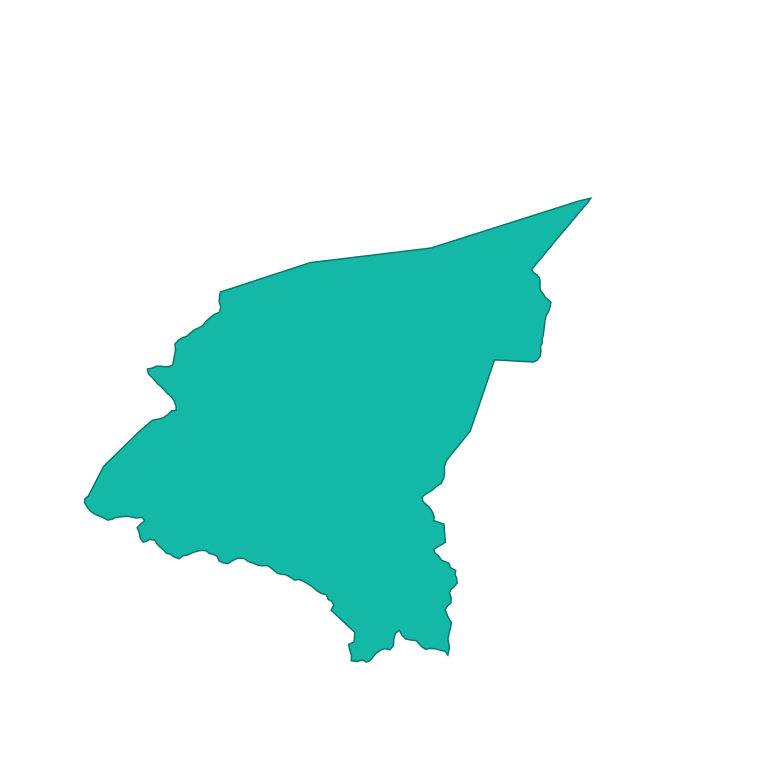 Santa Brígida, Bahia, Brazil, rotated 124°
{"feature_id": "56859067B14033654686733", "entity_name": "Santa Brígida", "entity_type": "district", "adm_level": 2, "iso_a3": "BRA", "parent_name": "Brazil", "parent_adm1": "Bahia", "projection": "albers", "projection_center": [-38.139, -9.755], "detail": "fine", "context": "isolated", "style": "filled", "palette": "teal", "viewbox_px": 768, "rotation_deg": 124, "n_neighbors": 0, "source": "geoboundaries", "source_scale": "gbopen_adm2", "svg_char_len": 3123}
<svg xmlns="http://www.w3.org/2000/svg" viewBox="0 0 768 768"><g transform="rotate(124 384 384)"><path d="M573.0,179.5L568.4,181.2L565.0,183.0L562.7,185.6L559.2,188.6L552.7,191.2L547.9,192.9L544.1,194.8L542.6,198.2L540.5,201.9L536.9,207.1L532.2,207.1L527.9,206.2L523.6,208.9L520.5,212.9L516.8,213.6L513.2,212.5L507.9,212.1L504.2,215.4L502.3,218.6L498.5,220.2L499.1,225.9L496.3,230.1L497.0,234.1L498.0,237.6L496.1,242.3L495.7,247.2L493.3,250.4L481.0,244.6L466.7,255.9L469.5,266.7L466.2,267.9L463.7,271.1L461.7,274.9L460.7,278.8L459.8,285.6L456.4,289.4L451.5,287.7L445.5,284.7L439.5,283.3L434.5,281.0L428.9,281.7L423.8,284.1L418.9,287.6L413.3,289.3L408.7,289.1L374.8,286.2L371.2,287.2L357.3,290.9L335.7,296.7L313.9,302.7L302.2,305.9L282.3,272.5L278.7,270.3L273.6,270.2L269.3,272.0L265.5,275.1L261.4,275.8L258.5,278.0L254.4,279.2L251.0,281.1L246.6,283.2L241.4,286.1L235.8,287.9L230.9,288.2L226.9,289.6L222.8,291.4L222.4,295.3L221.9,299.1L220.1,302.5L218.8,307.1L215.1,309.8L212.0,311.7L209.2,314.4L208.1,317.9L208.1,322.2L206.6,325.6L202.9,325.2L199.3,324.9L195.1,324.5L189.5,323.9L184.5,323.4L181.0,323.2L177.4,322.6L173.8,322.4L169.9,322.1L165.2,321.5L160.3,321.0L154.7,320.4L148.5,319.6L143.8,319.3L140.3,318.8L135.5,318.4L130.6,317.9L126.8,317.5L123.1,317.0L119.1,316.5L114.3,316.4L123.4,324.9L137.0,335.6L213.4,396.1L245.0,421.1L324.5,512.9L399.2,571.1L402.8,569.6L407.7,566.9L411.4,562.5L416.3,560.5L421.6,563.8L427.0,565.5L432.2,566.6L436.8,566.9L440.6,568.7L444.8,571.3L449.7,573.0L454.3,574.0L458.5,577.0L462.4,578.9L467.7,579.7L472.3,575.9L486.2,569.9L489.7,571.7L492.0,574.9L494.0,578.8L496.4,582.6L501.0,585.5L503.8,588.5L507.5,584.7L508.3,579.5L509.2,575.9L510.5,571.5L510.9,566.5L511.9,562.2L513.0,558.1L513.4,553.2L515.3,548.6L518.5,544.2L522.2,541.5L525.0,545.2L529.7,545.9L534.4,547.7L537.5,549.7L540.8,553.0L543.9,555.9L560.1,560.3L608.9,570.4L642.1,566.5L646.5,567.9L649.9,565.8L652.4,560.3L653.5,555.5L653.7,551.9L653.1,548.0L652.0,543.3L651.3,536.9L648.1,533.7L645.0,532.2L640.9,527.4L636.8,522.4L635.3,518.6L633.6,514.5L629.8,509.7L631.5,505.8L636.1,507.5L641.1,508.3L644.7,503.2L647.9,500.3L649.8,495.2L647.0,492.9L643.8,491.3L641.7,486.7L643.7,482.0L644.5,478.0L644.9,473.6L646.0,469.7L644.4,465.7L644.9,462.1L643.4,456.2L639.0,454.7L635.5,451.2L630.6,448.2L626.6,445.0L623.8,441.9L621.6,438.0L622.3,434.1L620.9,431.0L620.1,425.8L622.9,421.8L622.1,416.9L619.9,412.8L614.5,410.4L610.1,407.9L606.9,402.4L607.1,397.2L605.6,391.8L604.8,387.4L602.8,383.3L599.6,378.9L599.8,373.3L600.5,366.7L599.2,362.8L597.0,358.6L596.6,353.4L596.6,348.5L593.5,345.1L592.4,339.4L592.2,333.6L592.3,328.4L593.0,323.9L592.7,318.9L591.0,313.8L593.8,309.7L593.2,305.9L595.6,301.9L601.1,301.4L606.2,269.4L614.5,264.5L619.7,267.7L623.3,264.1L627.3,259.1L631.8,256.4L629.0,251.1L624.7,247.5L624.5,243.3L621.7,241.2L617.5,240.4L612.6,240.3L606.9,238.1L603.2,235.7L600.9,230.4L595.3,230.1L590.2,233.1L584.4,235.1L579.6,233.6L582.1,229.0L583.2,223.4L581.2,218.5L578.7,213.6L580.1,208.9L580.7,205.1L580.7,201.1L577.4,197.8L574.6,193.0L573.1,187.9L571.4,184.2L573.0,179.5Z" fill="#14b8a6" stroke="#0f766e" stroke-width="1.5"/></g></svg>